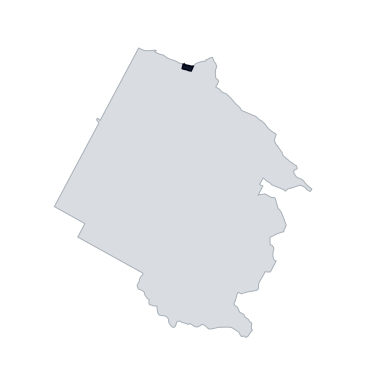 Sawakin, Red Sea, Sudan (highlighted), rotated 298°
{"feature_id": "16777658B58699373531896", "entity_name": "Sawakin", "entity_type": "district", "adm_level": 2, "iso_a3": "SDN", "parent_name": "Sudan", "parent_adm1": "Red Sea", "projection": "robinson", "projection_center": [37.356, 19.026], "detail": "fine", "context": "in_parent", "style": "filled", "palette": "ink", "viewbox_px": 384, "rotation_deg": 298, "n_neighbors": 0, "source": "geoboundaries", "source_scale": "gbopen_adm2", "svg_char_len": 4706}
<svg xmlns="http://www.w3.org/2000/svg" viewBox="0 0 384 384"><g transform="rotate(298 192 192)"><path d="M251.0,296.4L248.2,296.3L247.9,295.6L247.9,293.5L248.2,291.9L249.3,289.4L249.0,288.0L249.2,286.0L248.4,283.8L241.6,277.3L240.2,275.5L236.5,273.9L237.2,272.1L235.7,258.9L236.5,257.4L236.7,255.1L236.7,253.0L237.6,249.6L237.7,248.2L230.4,248.1L230.3,249.6L230.6,251.2L230.6,251.8L220.4,251.9L224.5,257.1L224.6,259.3L224.4,262.2L224.4,264.0L224.7,265.2L225.8,267.5L225.7,267.9L225.4,268.5L218.2,275.4L216.9,278.6L216.0,280.3L213.8,283.1L207.2,290.5L206.1,291.0L201.1,291.2L200.6,291.4L200.2,291.7L195.7,287.3L188.5,282.1L183.7,284.8L182.3,285.8L182.3,288.3L181.6,289.6L180.3,291.0L176.7,291.9L174.9,292.6L172.7,294.0L170.5,296.4L170.4,297.6L170.6,298.7L158.4,298.7L157.6,297.8L155.8,293.9L154.6,294.1L143.4,293.7L141.8,294.1L138.6,295.7L137.0,296.0L135.4,295.2L129.5,287.5L128.3,286.6L127.0,284.8L125.7,284.0L125.3,283.4L125.2,282.6L125.2,280.9L124.8,279.8L123.9,279.6L116.0,281.4L114.9,281.2L113.2,281.5L112.7,281.8L112.0,282.8L111.8,284.9L111.6,286.0L111.0,287.1L108.8,289.8L108.2,290.9L108.3,293.8L108.2,295.2L107.8,295.9L106.8,297.0L106.5,297.6L106.1,301.3L104.8,303.5L104.5,304.3L104.4,305.9L104.2,306.4L100.7,307.7L99.3,308.5L98.5,309.7L98.3,310.3L96.8,309.8L94.8,309.5L91.1,309.1L89.6,308.5L88.9,307.6L89.2,305.4L88.8,304.9L88.2,304.5L87.8,303.6L87.9,302.4L89.9,299.8L90.3,298.5L90.9,292.0L90.8,290.0L89.2,286.4L85.7,280.2L84.9,278.9L80.5,273.8L80.0,273.1L78.9,270.9L80.2,266.1L80.3,264.8L80.0,263.4L78.9,262.4L77.9,262.3L76.6,261.0L75.7,260.5L75.0,259.3L74.4,257.8L74.9,252.2L74.7,251.4L73.5,251.2L73.3,250.8L73.3,249.7L72.7,246.6L72.1,243.9L72.5,242.5L71.6,240.5L69.8,239.6L66.2,240.3L65.1,240.2L64.3,239.8L63.8,239.1L63.5,238.2L63.8,236.9L64.8,234.5L66.1,232.6L68.7,230.8L69.4,229.8L69.8,228.8L69.9,227.6L69.8,226.3L69.5,225.1L68.8,223.6L68.1,221.8L68.1,220.6L68.4,219.7L69.1,218.6L71.7,216.6L74.3,214.8L74.8,214.2L74.6,213.5L73.5,212.1L73.1,209.3L72.5,207.4L73.8,206.0L74.8,205.5L76.3,205.0L76.9,204.4L77.1,203.3L77.1,202.2L77.7,201.4L78.4,199.6L79.0,198.8L81.1,196.8L81.5,195.4L81.7,194.1L81.2,190.3L82.4,188.6L83.9,187.3L86.0,187.4L89.3,187.1L91.5,186.5L93.1,186.6L96.7,187.3L97.1,187.0L97.3,186.0L98.6,112.3L113.6,112.3L113.8,112.2L114.5,77.3L208.6,77.4L209.4,77.2L210.9,74.0L211.5,73.7L212.5,73.9L212.8,74.7L212.0,77.3L294.1,77.3L294.3,81.3L294.9,84.5L297.3,89.0L299.2,91.5L299.9,92.8L300.0,93.5L299.9,94.1L299.3,93.4L298.3,92.9L298.2,95.1L298.6,99.4L299.5,102.5L298.9,105.3L298.9,110.1L300.0,115.9L299.8,119.5L301.5,128.1L303.2,132.8L304.1,134.0L305.1,134.6L307.1,135.0L310.0,137.5L312.3,140.0L313.2,141.3L314.3,142.8L315.0,142.5L315.5,142.2L316.3,143.3L319.9,145.9L320.5,147.1L319.2,148.2L317.6,150.2L316.9,152.1L316.5,152.7L315.3,153.9L315.1,154.4L314.5,154.8L314.0,154.8L312.7,155.4L311.6,155.2L310.5,155.6L310.0,156.0L309.1,156.4L307.9,156.6L306.0,158.2L304.3,159.0L303.8,159.6L302.9,162.7L302.3,163.6L299.8,163.6L298.6,163.9L296.9,163.6L296.1,163.6L295.9,164.3L295.6,167.0L295.7,168.1L294.3,171.2L294.7,176.9L293.3,181.2L293.1,182.2L291.8,185.6L291.1,186.9L289.3,193.3L288.7,195.2L287.2,197.3L288.7,212.6L287.5,217.3L287.5,219.8L286.6,223.6L286.0,225.3L284.8,227.4L283.9,229.8L283.1,232.9L282.6,238.8L282.3,239.3L277.9,240.0L276.5,240.5L275.6,241.1L274.4,242.6L272.2,246.8L271.0,249.3L269.2,252.8L267.0,255.2L266.6,256.4L266.2,258.6L265.4,262.1L264.7,264.6L264.8,266.6L264.1,270.1L264.2,271.8L263.4,272.8L262.4,273.7L261.7,273.9L258.7,271.6L256.5,273.2L255.2,275.4L254.1,277.7L254.7,282.6L254.6,283.6L254.3,284.8L252.3,289.5L251.7,291.7L251.1,295.4L251.0,296.4Z" fill="#d9dde1" stroke="#a8b0b8" stroke-width="1"/><path d="M296.8,127.5L297.0,128.7L297.1,128.9L297.5,129.4L297.6,132.0L298.5,134.5L300.9,134.3L302.1,134.2L303.0,134.2L303.6,134.1L303.5,133.9L303.4,133.7L303.3,133.4L303.2,133.3L303.2,133.2L303.0,132.9L302.8,132.8L302.8,132.7L302.7,132.6L302.5,132.4L302.5,132.2L302.4,132.1L302.4,131.9L302.3,132.0L302.2,131.9L302.3,131.7L302.3,131.3L302.3,131.1L302.2,131.0L302.2,130.9L302.0,130.7L302.0,130.4L302.0,130.2L302.1,130.3L302.2,130.0L302.2,129.9L302.1,129.7L302.0,129.4L301.9,129.2L301.8,128.9L301.8,128.7L301.7,128.6L301.6,128.4L301.6,128.2L301.5,127.9L301.4,127.8L301.4,127.7L301.2,127.7L301.2,127.8L301.1,127.7L301.3,127.6L301.4,127.4L301.3,127.2L301.2,127.2L301.2,127.3L301.2,127.1L301.2,126.8L301.1,126.7L301.0,126.3L301.1,126.2L301.1,125.9L301.0,125.7L301.0,125.4L300.9,125.4L301.0,125.3L300.9,125.3L300.9,125.2L301.0,125.2L300.9,125.0L301.0,124.9L301.0,124.7L300.9,124.5L300.9,124.8L300.9,124.7L300.8,124.4L300.8,124.2L300.7,124.1L300.3,124.3L300.1,124.4L299.9,124.5L296.5,125.3L296.4,126.1L296.8,127.5Z" fill="#0f172a" stroke="#020617" stroke-width="1.5"/></g></svg>